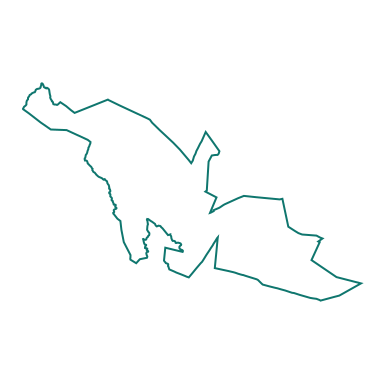 San Lucas, Chiapas, Mexico (Robinson projection)
{"feature_id": "50627088B14023395668353", "entity_name": "San Lucas", "entity_type": "district", "adm_level": 2, "iso_a3": "MEX", "parent_name": "Mexico", "parent_adm1": "Chiapas", "projection": "robinson", "projection_center": [-92.743, 16.628], "detail": "fine", "context": "isolated", "style": "outline", "palette": "teal", "viewbox_px": 384, "rotation_deg": 0, "n_neighbors": 0, "source": "geoboundaries", "source_scale": "gbopen_adm2", "svg_char_len": 5884}
<svg xmlns="http://www.w3.org/2000/svg" viewBox="0 0 384 384"><path d="M262.8,284.6L269.5,286.4L275.1,287.8L276.0,288.0L277.4,288.3L280.8,289.3L285.2,290.5L292.1,292.8L293.9,293.0L300.1,295.0L310.2,297.9L313.2,298.4L316.4,298.8L319.8,300.1L320.5,300.6L335.0,296.7L339.3,295.6L361.0,283.4L336.5,277.1L311.5,260.1L319.7,242.2L318.3,241.5L322.5,238.5L320.0,237.5L316.5,235.6L302.1,234.5L298.4,233.1L295.1,231.1L288.3,226.7L282.4,198.8L279.7,199.4L256.2,197.2L243.9,195.9L238.1,198.2L224.5,204.4L223.0,205.3L220.2,207.2L219.0,207.9L213.6,210.2L213.7,211.1L210.6,212.7L210.0,212.9L216.5,197.4L205.4,191.6L206.8,190.5L208.6,161.6L211.8,155.5L215.0,155.0L217.6,154.9L218.7,153.6L219.4,151.2L211.9,140.6L205.7,132.0L201.6,141.3L200.1,143.7L197.8,148.4L196.4,151.0L195.5,153.7L194.0,156.5L192.8,160.6L191.2,163.2L188.7,160.0L179.9,149.6L173.2,142.7L159.9,130.3L152.1,122.7L149.9,119.7L147.6,118.5L119.5,105.4L108.2,99.9L107.9,99.6L74.6,112.9L71.0,110.2L66.1,106.1L60.3,102.2L57.6,104.7L57.2,104.9L56.8,104.9L55.9,104.5L54.4,104.5L54.2,104.4L53.4,104.2L53.3,103.9L53.2,103.5L53.1,103.2L53.1,102.8L53.0,102.4L52.6,101.7L51.9,101.4L51.9,100.6L51.6,100.3L51.1,99.7L50.7,98.9L50.2,97.7L50.4,96.2L49.9,94.6L49.6,93.0L49.2,90.1L48.9,89.3L48.5,88.9L48.0,88.4L47.1,87.9L46.8,88.3L46.4,88.4L45.8,88.2L45.6,87.8L45.5,87.7L44.7,87.7L43.9,87.0L43.5,85.4L42.6,83.7L42.1,83.4L41.6,83.4L41.4,83.6L41.3,83.8L41.2,84.2L41.3,84.7L41.3,85.2L41.0,85.8L40.8,86.3L40.6,86.6L40.6,87.4L40.3,87.9L39.8,88.3L39.4,88.5L39.2,88.5L37.9,88.9L37.2,88.9L36.5,89.3L35.8,89.8L35.2,91.5L34.8,92.2L33.5,92.5L33.0,92.8L31.6,93.5L31.3,94.1L30.4,94.7L30.0,94.8L29.7,95.0L29.5,95.4L29.3,96.0L28.9,96.7L28.5,97.0L28.0,97.9L28.0,98.4L28.0,99.3L26.9,100.6L26.7,101.2L26.5,102.1L26.4,102.8L26.4,104.6L26.0,105.1L25.8,105.4L25.2,105.9L25.0,106.1L24.5,106.4L24.3,106.6L24.0,106.9L23.5,107.9L23.2,108.5L23.0,108.8L23.1,109.2L28.7,113.2L40.7,122.5L50.8,129.5L66.6,130.1L87.8,139.9L90.5,142.0L90.3,143.6L89.7,144.8L89.6,145.2L89.2,146.4L88.9,147.0L88.5,147.5L88.4,148.0L88.3,149.2L87.9,150.1L87.7,150.5L87.4,151.6L87.2,152.6L86.7,153.8L86.3,154.3L85.8,155.0L85.6,156.0L85.5,156.5L85.4,157.2L85.2,157.9L84.7,158.4L84.7,159.6L85.0,160.5L85.6,160.4L86.2,160.6L86.7,160.8L87.1,161.2L87.3,161.8L87.7,162.9L87.7,163.4L88.5,164.2L89.0,164.6L89.4,165.2L91.3,166.9L91.5,167.4L91.9,168.1L92.2,168.5L92.6,168.9L92.4,169.4L92.3,169.8L92.3,170.1L92.5,170.4L92.8,170.8L93.3,171.8L93.7,172.1L94.7,172.6L94.9,172.9L95.5,173.6L95.8,173.9L96.1,174.5L96.9,175.2L97.8,176.1L98.9,176.9L99.4,177.1L100.6,177.6L101.5,178.0L102.2,178.4L103.0,179.3L103.7,179.7L104.0,179.6L104.2,179.4L104.4,179.1L104.7,179.1L104.9,179.3L105.2,179.9L105.4,180.2L106.2,180.7L106.9,181.2L107.3,182.4L107.3,182.9L107.5,183.4L108.1,184.4L108.7,185.0L109.1,186.5L109.3,187.5L109.1,187.8L109.1,188.4L109.3,188.9L109.9,189.2L110.3,190.7L110.3,191.3L110.1,191.8L109.7,192.1L109.4,192.2L109.2,192.4L109.2,193.0L109.3,193.3L109.5,193.6L110.2,194.0L110.4,194.4L110.3,196.4L110.7,196.8L111.6,197.7L111.8,198.0L111.9,198.6L111.7,199.3L111.6,199.6L111.6,200.1L111.7,200.4L111.8,200.5L112.2,200.5L112.6,200.8L112.8,201.2L112.9,201.8L112.9,202.2L113.7,203.7L113.6,204.0L113.7,204.5L114.0,204.7L115.1,204.7L115.6,204.8L115.7,205.2L115.7,205.5L115.3,206.0L115.2,206.4L115.3,207.0L116.3,207.7L116.5,208.1L116.4,208.5L116.2,208.7L115.9,208.9L115.4,209.1L114.6,209.3L114.2,209.6L114.0,209.8L113.8,210.1L113.8,210.7L114.2,211.9L113.9,212.5L113.2,212.9L113.2,213.0L113.3,213.4L113.6,214.0L113.8,214.1L117.4,218.7L120.4,221.0L121.4,229.8L123.8,242.1L130.5,255.1L130.4,257.8L130.3,258.2L130.3,259.1L130.5,259.7L136.2,263.2L139.2,259.9L139.9,259.2L146.9,257.8L147.2,257.1L147.3,256.4L146.7,255.1L146.3,253.4L146.4,252.9L146.6,252.5L146.8,252.1L147.7,251.7L148.1,251.7L148.2,251.3L148.0,251.0L147.2,250.5L146.7,250.0L146.7,249.5L147.0,249.2L147.3,248.9L147.2,248.6L146.8,248.4L146.4,248.2L145.9,248.2L145.5,248.2L145.0,248.0L145.0,247.5L145.1,247.0L145.3,246.2L145.7,245.9L146.1,245.4L146.1,244.9L145.6,244.6L145.2,244.6L144.7,244.3L144.3,243.7L144.1,243.1L143.7,241.6L143.5,240.3L143.3,239.8L143.1,239.1L143.4,239.0L144.0,239.5L145.4,239.8L145.9,239.7L146.3,239.2L146.5,238.6L146.7,237.9L147.0,237.5L147.3,237.3L147.7,237.1L148.0,236.7L148.1,236.2L148.2,235.9L149.1,235.3L149.2,235.0L149.4,233.8L149.3,233.1L149.2,232.8L148.9,232.4L148.4,232.0L148.0,231.3L147.3,230.2L147.1,229.7L147.4,226.1L147.8,224.6L148.0,224.1L147.8,223.8L147.4,220.7L147.1,220.3L146.9,219.8L147.5,218.2L147.5,218.4L147.7,218.7L148.2,219.2L149.1,219.7L149.8,220.3L151.0,221.1L151.2,221.3L152.0,221.7L155.0,223.9L155.6,225.3L156.1,225.9L156.5,226.1L156.8,226.4L157.1,226.3L157.7,226.0L158.5,225.7L158.6,225.8L159.2,225.8L160.0,225.9L160.5,226.2L160.9,226.6L161.1,227.1L161.8,227.7L162.5,228.3L168.0,235.1L169.7,234.6L170.3,234.4L170.3,234.7L170.5,235.4L170.9,235.8L171.2,236.5L171.4,238.3L171.6,238.7L171.8,239.4L172.2,240.3L172.7,240.9L173.6,240.8L174.0,240.9L175.2,241.5L175.4,242.0L175.6,242.5L175.7,242.9L176.3,243.0L177.6,242.7L178.3,242.7L180.0,243.2L180.6,243.5L180.8,243.8L181.2,244.6L181.0,245.2L180.4,245.6L179.8,246.2L179.4,246.8L179.4,247.2L179.4,248.0L179.8,248.7L180.5,249.4L182.1,250.0L182.6,250.4L182.9,250.8L182.9,251.2L182.6,251.9L165.3,247.7L164.0,260.6L164.7,261.7L165.4,262.3L165.8,263.1L167.8,263.8L168.2,264.3L168.2,264.9L168.1,265.2L168.0,265.9L168.2,266.0L168.4,266.5L168.6,267.3L169.3,269.4L174.6,271.7L176.2,272.5L181.4,274.5L185.6,276.2L186.4,276.6L188.8,277.4L192.1,273.5L196.2,268.5L200.7,263.2L202.1,261.8L203.7,259.3L206.4,254.9L209.8,249.8L210.5,248.6L212.8,245.2L213.4,244.0L215.1,241.4L217.1,238.1L217.8,237.3L217.6,238.8L217.0,245.3L216.7,248.5L216.5,250.7L215.8,257.8L214.8,268.1L228.7,271.1L231.2,271.7L233.4,272.2L235.5,272.8L238.0,273.7L240.7,274.5L242.6,275.0L243.1,275.0L245.4,275.8L256.7,279.3L258.0,280.0L260.7,282.7L262.6,284.5L262.8,284.6Z" fill="none" stroke="#0f766e" stroke-width="2"/></svg>